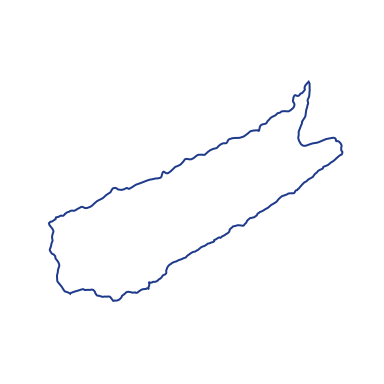 outline of Wiang Kaen, Chiang Rai, Thailand, rotated 46°
{"feature_id": "78962969B86753630377250", "entity_name": "Wiang Kaen", "entity_type": "district", "adm_level": 2, "iso_a3": "THA", "parent_name": "Thailand", "parent_adm1": "Chiang Rai", "projection": "equal_earth", "projection_center": [100.476, 20.016], "detail": "fine", "context": "isolated", "style": "outline", "palette": "blue", "viewbox_px": 384, "rotation_deg": 46, "n_neighbors": 0, "source": "geoboundaries", "source_scale": "gbopen_adm2", "svg_char_len": 6022}
<svg xmlns="http://www.w3.org/2000/svg" viewBox="0 0 384 384"><g transform="rotate(46 192 192)"><path d="M134.4,246.5L134.7,248.2L135.4,250.2L135.5,251.1L134.6,255.8L134.5,260.0L134.2,261.4L133.0,265.2L132.6,266.7L132.4,269.8L132.4,273.0L132.0,275.4L130.6,278.6L129.7,279.7L129.0,280.2L126.9,281.0L126.3,281.4L125.8,282.1L124.6,286.3L124.3,287.8L123.8,289.5L123.3,290.2L122.1,291.1L121.4,292.1L121.0,293.0L121.0,293.7L119.8,296.2L119.7,297.9L119.4,298.6L119.7,299.2L119.7,300.9L119.2,301.7L118.5,302.1L117.9,302.9L117.5,303.8L117.2,305.2L116.9,305.8L115.8,307.3L116.0,308.0L116.7,308.8L116.5,309.4L116.6,310.0L116.3,311.3L116.2,312.2L116.0,313.1L115.6,313.8L115.1,314.3L115.0,316.5L116.7,317.5L121.6,318.0L123.3,318.6L124.2,319.1L124.4,319.4L125.6,321.8L126.6,323.3L127.9,324.6L129.7,325.7L130.2,326.2L130.5,326.7L131.2,328.5L132.8,330.7L134.7,334.4L134.9,334.6L136.1,335.1L138.7,335.6L139.4,335.5L140.8,334.9L142.2,334.9L143.2,335.0L144.9,336.3L149.3,336.8L151.5,337.7L152.9,338.7L155.0,342.6L156.5,344.3L158.4,347.3L162.4,350.7L163.3,351.0L169.4,351.5L174.3,352.5L175.5,352.4L177.3,351.3L180.0,350.3L180.6,350.3L180.5,349.8L180.5,349.2L181.6,346.6L183.9,342.2L185.1,339.7L186.0,338.1L186.8,337.5L188.1,337.2L189.3,335.7L191.6,333.3L192.7,331.7L193.7,331.1L195.3,331.0L196.1,331.1L197.4,331.7L199.0,332.1L199.9,332.2L200.7,332.1L201.4,331.6L202.0,331.0L205.1,329.3L205.7,328.7L206.5,327.5L207.6,326.5L209.4,324.4L210.4,323.8L211.0,323.8L215.6,324.3L215.8,324.1L216.2,323.3L216.8,322.7L218.0,321.3L218.6,320.0L218.9,318.7L218.8,316.0L218.3,315.0L218.1,314.4L218.5,311.1L218.5,308.9L218.7,308.4L219.4,307.3L219.9,306.8L223.4,304.4L223.7,304.1L224.6,302.7L225.4,302.5L226.2,301.7L226.5,300.9L226.6,299.3L226.9,297.5L227.1,296.5L227.6,295.3L228.2,294.3L229.6,292.7L230.0,291.3L230.1,291.1L230.4,290.8L231.3,290.6L231.3,290.3L230.7,290.0L230.3,289.5L229.9,288.4L229.5,287.7L228.9,287.0L228.0,286.4L227.8,286.0L227.2,285.7L227.3,285.4L228.6,284.8L229.4,283.3L229.4,282.8L229.7,282.2L230.8,281.2L231.4,280.2L231.9,278.3L231.8,276.8L232.2,275.1L232.3,273.5L231.8,271.0L231.8,270.6L232.7,268.2L232.5,267.0L232.2,266.5L230.7,265.3L230.4,264.8L229.8,263.4L229.4,262.8L229.1,261.9L228.8,260.6L228.7,259.0L228.9,257.7L229.2,256.8L229.1,255.9L230.1,253.1L231.0,251.6L231.7,249.0L233.4,245.5L233.6,244.3L234.8,242.0L234.6,239.8L234.7,238.5L235.0,237.2L235.0,236.3L235.8,233.0L237.0,231.1L237.2,230.5L237.3,229.3L237.8,228.2L238.1,223.7L238.8,221.8L239.4,220.8L240.0,218.0L240.1,216.6L241.0,215.1L241.8,213.1L242.8,211.2L242.8,210.4L242.7,210.1L242.1,209.7L242.1,209.3L242.1,209.0L242.6,208.0L243.2,204.7L243.6,204.0L244.6,203.5L244.8,203.0L244.8,201.3L245.8,198.4L245.9,196.5L246.4,195.2L246.5,194.0L246.4,192.9L245.8,191.6L245.2,191.1L245.1,190.6L245.3,187.9L245.3,186.3L246.3,184.8L247.7,182.1L250.1,180.0L251.6,178.9L251.9,178.4L252.0,177.6L251.7,176.3L251.8,174.6L250.9,171.8L251.1,168.6L251.3,168.0L252.1,167.1L252.6,165.9L253.3,165.0L253.5,163.9L253.8,161.6L253.3,160.3L253.2,159.5L253.5,158.4L253.5,157.4L254.1,155.9L254.9,153.5L255.3,151.1L256.0,148.7L256.2,147.1L256.3,144.1L256.8,142.4L257.7,138.4L257.7,137.6L257.3,134.9L257.3,132.4L257.5,130.3L257.8,129.4L258.5,128.2L259.1,126.7L259.7,125.4L260.0,123.9L260.2,123.5L261.7,121.6L263.2,120.1L263.7,119.3L263.6,118.4L263.2,117.4L263.0,116.6L263.2,115.8L263.7,115.0L263.6,114.4L263.4,113.9L263.7,112.9L263.5,111.5L263.3,109.2L263.2,108.0L263.1,104.8L263.8,102.3L263.8,99.5L265.1,94.7L264.4,91.0L264.7,88.5L264.4,86.6L264.9,84.6L265.9,82.0L265.8,81.3L265.2,80.2L265.3,79.7L266.9,75.8L267.1,74.9L267.3,71.3L267.8,69.6L268.0,68.0L268.1,65.7L268.0,65.3L268.3,60.5L268.5,59.6L269.0,58.4L268.8,58.1L268.8,57.7L268.6,57.3L267.9,56.2L267.2,55.8L265.9,55.8L264.6,54.7L263.8,53.9L262.8,52.4L262.5,52.1L260.2,51.3L258.8,51.3L257.4,51.4L256.8,51.7L255.7,52.8L255.0,52.8L254.0,51.9L253.6,51.8L252.5,51.8L251.9,52.1L251.2,52.6L250.5,53.5L247.1,58.7L244.1,66.4L243.4,67.8L241.0,71.2L239.7,73.7L238.0,77.5L237.3,78.6L236.5,79.4L235.8,79.9L233.7,80.4L232.5,80.2L229.8,79.5L227.5,78.4L226.6,77.7L226.0,76.9L225.2,75.7L223.2,73.9L222.1,72.2L221.6,70.9L220.4,68.5L219.2,65.7L218.6,64.6L217.9,64.2L216.6,58.8L216.1,57.6L212.1,52.5L211.2,50.6L209.7,48.5L209.5,47.8L209.1,47.1L208.0,46.1L206.5,45.4L205.9,44.5L205.0,42.1L204.5,41.2L200.5,36.6L195.6,32.1L193.7,31.5L193.8,34.1L194.1,36.5L194.5,37.5L195.4,38.9L196.5,39.4L196.8,39.8L197.1,41.5L197.3,43.6L197.2,44.4L196.6,45.7L196.7,46.3L196.9,47.3L196.8,48.5L196.4,49.2L196.2,49.4L194.0,50.5L193.8,51.2L194.0,52.3L194.6,53.5L196.5,56.0L197.4,56.6L198.8,56.8L199.6,57.1L200.2,57.5L200.7,58.1L201.3,59.0L201.6,59.8L201.8,60.9L201.8,62.1L201.6,64.4L201.2,66.2L200.7,66.9L197.9,69.5L196.5,71.2L196.2,71.8L196.1,73.2L196.0,73.8L194.9,75.4L194.8,75.9L194.8,78.6L193.6,82.4L193.3,84.1L193.5,86.1L193.5,88.4L194.1,90.2L194.1,91.1L193.8,92.0L192.3,94.3L191.8,95.8L191.9,96.8L192.2,97.8L194.3,100.9L194.4,101.5L194.1,101.8L193.3,101.8L192.8,102.3L190.5,105.1L189.2,107.1L188.8,108.5L188.7,111.4L188.1,115.7L187.8,116.7L186.4,119.6L185.9,120.4L183.1,123.4L182.0,124.8L181.2,125.9L180.2,127.9L179.9,128.7L179.8,129.7L179.8,130.2L180.5,131.7L180.7,132.6L180.7,133.1L180.6,133.5L180.3,134.0L179.0,135.3L178.6,135.8L177.7,138.1L177.6,138.9L177.4,141.0L177.6,143.0L177.5,143.7L177.3,144.2L175.8,146.6L175.0,148.7L174.6,149.9L174.2,152.5L174.1,156.9L173.9,157.3L171.3,159.7L169.9,161.3L169.4,162.2L169.1,163.2L168.8,166.7L168.5,168.2L168.0,169.7L166.9,171.0L164.4,172.9L163.7,174.0L163.6,174.6L164.1,177.3L164.3,180.9L164.1,181.9L163.2,184.7L162.4,186.3L162.3,186.9L162.3,192.6L162.0,195.2L161.9,195.8L161.4,196.7L160.9,197.2L160.2,197.6L158.0,198.1L157.7,198.3L157.5,198.6L157.5,199.1L157.9,200.2L159.8,203.5L159.8,204.6L159.6,205.3L158.3,207.3L156.7,209.2L155.0,212.1L153.9,213.6L152.6,216.2L149.9,222.7L147.9,227.0L147.5,228.6L147.0,231.4L146.6,233.0L146.0,235.0L145.5,235.5L144.5,235.7L143.8,236.1L143.5,236.8L142.8,239.0L141.6,241.2L139.1,243.2L138.2,243.6L136.7,243.8L136.0,244.1L135.3,244.9L134.4,246.5Z" fill="none" stroke="#1e3a8a" stroke-width="2"/></g></svg>